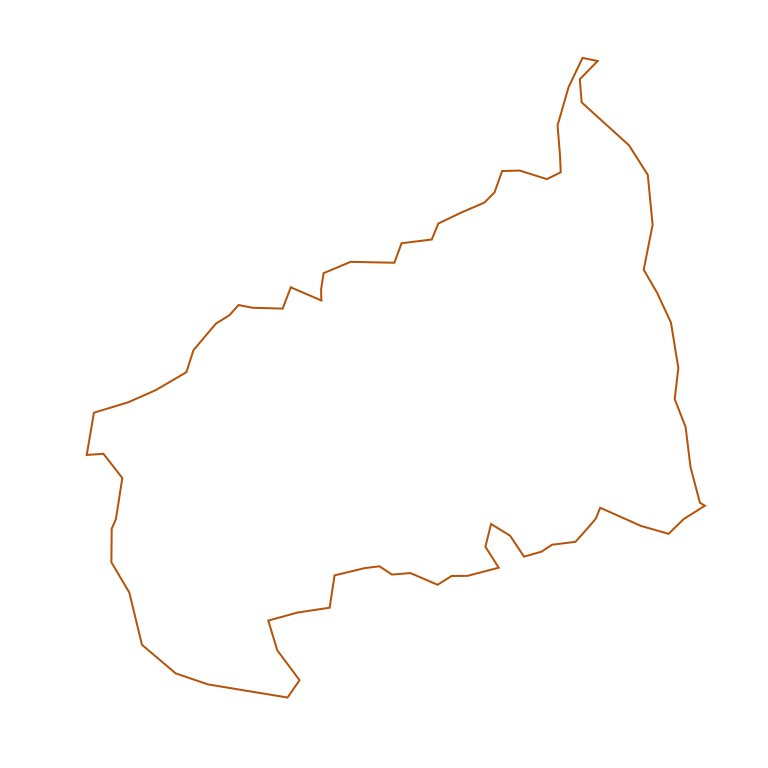 Psathi, Paphos, Cyprus (Mercator projection), rotated 83°
{"feature_id": "46923920B43405779194913", "entity_name": "Psathi", "entity_type": "district", "adm_level": 2, "iso_a3": "CYP", "parent_name": "Cyprus", "parent_adm1": "Paphos", "projection": "mercator", "projection_center": [32.534, 34.892], "detail": "fine", "context": "isolated", "style": "outline", "palette": "amber", "viewbox_px": 768, "rotation_deg": 83, "n_neighbors": 0, "source": "geoboundaries", "source_scale": "gbopen_adm2", "svg_char_len": 1197}
<svg xmlns="http://www.w3.org/2000/svg" viewBox="0 0 768 768"><g transform="rotate(83 384 384)"><path d="M89.5,132.6L84.5,147.2L111.8,164.6L148.4,180.2L179.4,181.5L195.4,182.8L200.5,197.4L188.7,223.3L187.0,240.8L207.2,250.9L216.1,262.1L223.4,286.9L231.3,310.5L246.4,319.0L246.4,349.4L264.9,358.9L258.7,402.3L266.6,430.4L282.3,434.9L293.5,436.0L276.7,464.7L296.8,475.4L292.3,505.3L287.9,518.8L296.8,528.9L303.6,543.5L327.2,569.0L348.2,578.7L362.2,611.2L371.0,640.2L377.1,675.4L418.2,687.7L419.1,671.0L445.4,655.2L485.6,666.6L494.4,671.9L527.7,676.3L535.7,672.8L560.0,662.2L613.4,656.0L645.8,626.1L660.7,595.4L672.1,556.7L683.3,518.4L683.5,518.0L667.7,503.9L635.3,522.4L604.7,527.7L600.3,497.8L599.4,465.2L567.9,456.4L564.4,425.7L564.4,410.7L574.1,399.3L574.9,380.8L589.8,355.3L582.8,340.4L584.6,324.5L580.3,292.5L557.9,303.2L536.0,294.8L550.0,277.3L572.4,266.1L569.6,248.1L564.0,236.8L564.0,213.2L551.2,198.6L543.3,190.1L533.2,184.5L556.2,146.2L567.4,119.8L554.5,102.9L543.9,80.3L540.4,84.9L503.8,89.9L463.5,89.9L434.4,97.3L404.0,89.9L358.1,91.7L327.1,101.7L302.2,112.3L258.8,98.0L208.6,96.7L177.0,111.7L128.6,153.5L105.3,152.5L89.5,132.6Z" fill="none" stroke="#b45309" stroke-width="2"/></g></svg>